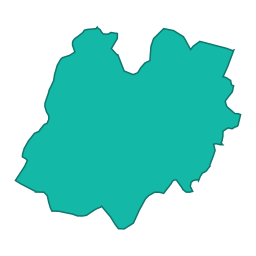 outline of El-Ibrahimiya, Ash Sharqiyah, Egypt
{"feature_id": "37247803B97743479870089", "entity_name": "El-Ibrahimiya", "entity_type": "district", "adm_level": 2, "iso_a3": "EGY", "parent_name": "Egypt", "parent_adm1": "Ash Sharqiyah", "projection": "robinson", "projection_center": [31.565, 30.732], "detail": "fine", "context": "isolated", "style": "filled", "palette": "teal", "viewbox_px": 256, "rotation_deg": 0, "n_neighbors": 0, "source": "geoboundaries", "source_scale": "gbopen_adm2", "svg_char_len": 2156}
<svg xmlns="http://www.w3.org/2000/svg" viewBox="0 0 256 256"><path d="M233.8,50.1L232.7,50.6L226.0,48.2L212.8,44.8L210.4,44.1L208.8,43.7L199.8,41.4L196.5,43.8L193.1,46.3L190.6,49.6L189.4,47.4L185.0,39.3L183.4,36.7L173.6,30.6L163.7,28.6L160.4,31.9L156.7,35.6L153.6,38.6L151.0,46.2L150.3,54.9L149.9,60.6L144.9,63.0L140.6,68.0L138.1,72.2L137.2,73.0L133.1,74.6L124.1,71.0L117.8,54.7L116.9,54.7L113.9,51.4L111.3,48.6L117.3,38.6L117.4,33.5L110.8,32.5L108.3,34.1L106.6,34.1L103.3,34.0L101.7,32.3L100.1,29.7L97.6,27.9L97.2,27.1L96.0,28.7L87.7,29.4L84.4,30.2L82.7,32.7L78.5,36.0L75.1,38.4L73.3,40.5L72.6,41.8L72.5,45.2L74.9,52.0L72.4,53.6L69.8,55.3L64.9,56.9L62.4,57.7L60.7,59.3L58.8,62.6L57.3,65.2L54.6,74.5L53.7,80.4L51.1,86.3L49.3,89.6L48.5,93.0L47.6,95.5L45.0,103.1L44.9,106.5L46.4,111.6L48.8,115.9L48.8,117.1L48.8,119.3L47.0,123.5L44.5,124.3L43.7,125.1L40.3,129.3L38.6,131.8L37.8,131.8L34.4,133.4L31.1,137.6L28.5,140.9L24.2,148.5L23.3,151.6L22.5,154.4L22.4,156.9L25.7,158.7L27.3,160.4L24.7,166.3L15.4,180.5L21.1,184.0L32.5,189.9L35.0,191.1L35.2,192.0L44.0,192.2L47.3,195.7L48.8,202.5L50.3,207.6L51.9,211.1L53.7,211.1L58.5,211.2L67.6,213.1L72.5,214.1L77.4,215.9L82.4,216.0L86.5,215.3L89.0,213.6L94.0,210.3L96.6,208.7L97.7,208.3L100.7,207.1L101.6,206.3L110.4,216.7L115.2,224.4L118.4,228.7L124.2,228.9L133.4,223.1L139.5,209.7L145.5,198.8L148.8,195.5L154.7,192.2L159.6,192.3L163.7,193.3L171.4,183.3L172.2,181.6L173.9,180.0L174.8,180.0L176.4,180.0L182.0,187.8L182.3,188.4L182.8,189.5L186.1,192.1L189.4,192.2L192.7,191.4L190.3,186.3L191.2,182.1L193.7,180.4L197.9,179.7L198.4,180.9L198.9,179.9L200.6,175.6L201.4,174.8L202.3,173.1L205.6,171.5L206.5,170.7L209.0,167.3L209.9,166.5L209.9,164.8L212.5,158.1L215.1,150.5L213.6,144.2L216.1,143.7L220.2,144.7L222.7,144.7L221.1,143.0L221.9,141.3L222.9,136.3L223.0,131.2L228.0,127.9L232.1,128.8L234.6,127.2L237.1,126.4L237.9,125.6L240.6,114.6L238.2,113.7L234.9,113.6L226.8,106.6L225.2,101.5L226.1,99.8L228.6,96.5L232.0,92.3L232.9,89.8L232.9,89.0L233.6,85.8L233.0,85.6L231.4,84.7L230.6,80.4L229.0,79.5L226.5,77.8L224.1,76.9L223.0,76.8L227.6,66.7L229.8,60.7L233.8,50.1Z" fill="#14b8a6" stroke="#0f766e" stroke-width="1.5"/></svg>